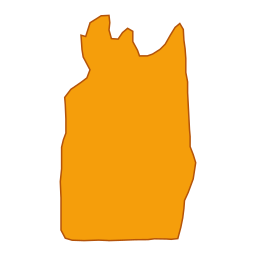 Avgorou, Famagusta, Cyprus (Equal Earth projection)
{"feature_id": "46923920B41547139888237", "entity_name": "Avgorou", "entity_type": "district", "adm_level": 2, "iso_a3": "CYP", "parent_name": "Cyprus", "parent_adm1": "Famagusta", "projection": "equal_earth", "projection_center": [33.844, 35.044], "detail": "fine", "context": "isolated", "style": "filled", "palette": "amber", "viewbox_px": 256, "rotation_deg": 0, "n_neighbors": 0, "source": "geoboundaries", "source_scale": "gbopen_adm2", "svg_char_len": 979}
<svg xmlns="http://www.w3.org/2000/svg" viewBox="0 0 256 256"><path d="M179.8,23.5L175.1,27.4L170.3,35.2L165.2,44.2L160.0,49.4L152.5,54.1L147.4,55.9L139.5,55.9L137.5,50.3L132.8,41.6L132.8,31.3L127.6,28.3L122.5,32.6L118.1,39.1L111.4,38.6L109.0,30.0L109.8,22.7L109.0,15.4L101.1,15.8L90.1,22.7L85.7,36.5L81.0,35.2L82.0,49.6L83.2,57.0L90.0,69.8L86.9,77.9L80.7,82.6L70.9,89.3L64.7,97.4L65.3,104.8L65.9,118.9L65.9,133.1L63.4,139.8L61.6,147.2L61.6,158.7L61.6,168.8L60.3,181.6L61.0,197.8L61.0,209.9L61.0,217.3L61.0,230.1L65.3,238.2L66.7,238.6L72.1,240.2L81.5,240.5L84.0,240.6L98.7,240.1L108.2,240.5L108.6,240.6L121.6,240.2L135.3,239.7L148.0,239.6L154.4,238.8L166.6,239.0L171.2,239.3L177.8,238.6L180.8,227.4L182.7,218.0L183.9,208.5L184.5,200.5L188.2,192.4L193.2,178.9L195.7,162.7L193.2,154.6L190.1,146.6L190.1,136.5L189.5,129.7L188.2,104.1L187.6,92.7L187.6,81.9L185.8,72.5L185.8,58.4L185.1,48.9L183.9,40.2L183.3,29.4L179.8,23.5Z" fill="#f59e0b" stroke="#b45309" stroke-width="1.5"/></svg>